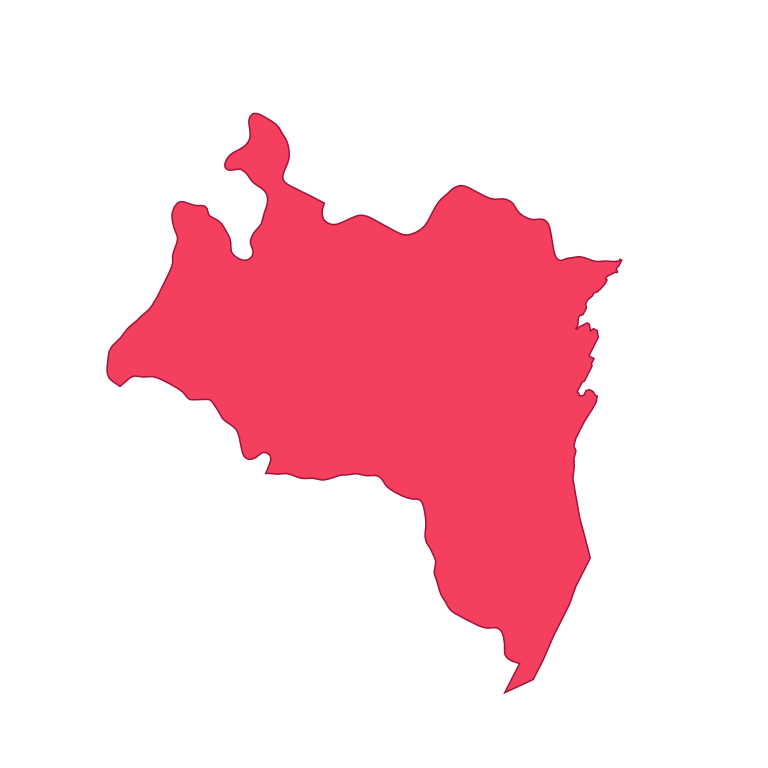 outline of Dajabón, Dajabón, Dominican Republic, rotated 207°
{"feature_id": "3306468B69873779257439", "entity_name": "Dajabón", "entity_type": "district", "adm_level": 2, "iso_a3": "DOM", "parent_name": "Dominican Republic", "parent_adm1": "Dajabón", "projection": "equal_earth", "projection_center": [-71.604, 19.566], "detail": "fine", "context": "isolated", "style": "filled", "palette": "rose", "viewbox_px": 768, "rotation_deg": 207, "n_neighbors": 0, "source": "geoboundaries", "source_scale": "gbopen_adm2", "svg_char_len": 5715}
<svg xmlns="http://www.w3.org/2000/svg" viewBox="0 0 768 768"><g transform="rotate(207 384 384)"><path d="M625.6,358.4L626.3,349.3L627.3,343.7L628.5,340.5L631.0,334.4L633.3,327.7L637.2,318.4L638.1,314.8L639.7,305.7L643.4,294.8L643.6,293.0L643.7,289.3L643.4,287.5L642.5,284.3L638.4,273.4L636.9,270.3L635.1,267.6L632.8,265.5L631.6,264.6L628.7,263.5L625.8,262.9L618.1,262.0L613.2,273.9L611.6,276.4L609.4,278.1L601.5,281.0L595.4,284.6L592.6,285.8L587.9,286.6L583.1,286.9L574.9,286.9L566.7,286.5L561.9,285.9L558.9,285.2L552.9,282.5L550.6,282.1L549.4,282.2L547.1,283.2L534.2,290.2L531.8,290.8L530.6,290.6L528.3,289.7L519.7,284.9L513.7,280.8L511.0,279.5L508.0,278.8L499.1,277.6L496.1,276.7L494.7,276.1L492.0,274.1L489.4,271.5L481.3,261.3L479.0,258.6L476.4,256.4L475.0,255.7L473.5,255.3L470.7,255.4L469.3,255.9L467.0,257.6L464.5,261.0L462.1,266.1L461.3,267.3L460.3,268.2L459.1,268.8L456.7,269.4L454.1,268.9L452.9,268.3L451.8,267.2L450.9,265.9L450.3,264.3L449.7,261.0L448.8,250.6L445.2,252.4L438.2,255.2L430.8,259.7L426.4,260.9L417.4,261.9L414.5,262.6L411.8,263.7L405.6,267.3L402.8,268.3L397.1,269.8L394.3,271.0L390.4,274.0L381.9,282.5L379.3,284.3L375.3,286.5L369.3,290.7L366.6,292.0L359.4,293.9L356.7,294.9L351.9,297.7L349.4,298.8L346.6,299.2L343.8,298.7L341.4,297.5L337.8,295.3L335.1,294.0L330.5,293.0L325.6,292.5L317.3,292.5L310.9,293.2L306.5,294.4L302.0,296.5L299.6,296.9L298.2,296.6L296.9,296.0L294.4,294.0L292.1,291.5L288.7,287.1L285.5,282.4L283.6,279.1L281.9,275.7L279.4,269.1L277.8,266.2L275.9,263.8L273.7,261.7L268.5,258.7L266.2,257.0L259.5,251.7L257.6,249.7L256.4,247.0L254.2,239.8L252.7,237.3L248.4,233.4L240.2,224.6L237.7,222.3L235.1,220.5L231.1,218.2L225.0,214.1L223.7,213.4L220.7,212.4L216.0,211.7L201.4,211.4L190.0,211.6L185.3,212.2L182.3,213.0L179.6,214.2L176.2,216.4L173.7,217.6L170.9,218.0L169.5,217.8L166.7,216.6L165.3,215.6L163.0,213.3L158.9,207.6L154.4,199.1L153.4,197.9L152.3,197.0L149.8,195.8L145.5,195.2L141.0,195.6L136.3,196.5L136.3,163.8L131.3,170.1L116.9,188.4L116.9,191.4L116.9,211.2L118.3,233.0L118.6,237.6L118.6,242.3L118.7,271.8L121.2,290.5L121.2,311.5L121.2,320.5L121.2,322.5L124.8,326.7L132.8,335.7L140.6,344.5L148.6,353.3L172.6,385.2L176.8,396.2L180.9,403.9L181.1,404.9L182.6,411.6L184.5,413.2L185.6,414.0L186.7,414.9L187.5,418.5L188.1,421.5L188.4,422.6L188.4,433.2L188.4,441.4L187.9,446.9L187.0,456.5L186.8,459.0L186.8,464.5L187.5,466.8L188.5,470.0L190.9,470.0L194.3,472.2L198.4,472.2L200.0,470.8L200.9,470.0L200.9,464.5L201.3,464.2L202.4,463.5L204.2,462.3L206.7,464.5L208.3,464.5L208.3,468.4L208.3,475.5L206.7,477.7L206.7,488.2L206.7,491.5L206.7,494.3L207.8,495.7L208.4,496.5L208.4,502.0L209.0,502.0L209.8,502.0L214.2,502.0L214.2,521.5L214.2,522.5L214.2,522.9L214.7,523.5L218.4,528.4L222.5,528.4L224.0,525.4L224.1,525.1L228.3,530.6L230.8,530.6L232.3,528.5L236.6,522.8L236.6,520.6L238.2,520.6L238.2,525.0L239.8,528.5L240.7,530.6L240.7,533.9L238.2,536.1L238.2,543.8L240.7,547.1L240.7,551.5L238.3,557.0L238.3,560.3L235.9,562.9L235.1,563.7L235.4,564.6L234.1,566.9L234.1,567.5L234.1,568.1L232.5,573.6L232.5,578.0L234.1,578.0L234.1,581.3L230.4,586.2L228.4,589.0L227.0,589.0L226.8,589.9L229.2,592.0L229.3,594.1L228.4,595.3L228.4,602.3L230.4,602.2L230.4,600.2L235.4,597.2L242.4,594.2L249.8,589.8L254.2,588.6L263.2,587.5L267.6,586.2L270.0,584.7L277.9,579.0L281.9,574.7L284.3,573.9L286.9,574.3L288.2,575.0L290.7,577.1L294.3,581.3L303.5,593.8L307.0,598.2L309.6,600.7L311.0,601.7L313.8,602.8L315.3,603.0L318.1,602.6L320.5,601.4L324.0,599.2L326.6,597.9L329.5,597.2L332.5,596.9L337.0,597.0L341.5,598.0L344.1,599.2L350.2,603.0L353.0,603.9L356.0,604.2L358.9,604.0L361.8,603.1L369.1,598.9L373.6,597.6L380.0,597.1L397.9,597.4L402.6,596.8L405.6,595.7L408.0,593.8L409.1,592.7L410.9,590.1L412.4,587.0L414.0,582.1L417.1,574.4L418.0,570.8L418.6,564.6L418.9,548.0L419.5,544.0L420.0,542.0L421.4,538.5L424.3,533.8L427.8,529.9L430.4,527.7L433.3,526.2L438.1,525.3L444.7,525.2L469.8,526.0L474.7,525.8L479.5,524.7L482.5,523.2L485.1,520.9L488.7,516.7L495.6,508.0L498.0,505.4L500.8,503.4L502.2,502.7L505.2,502.0L508.1,502.0L511.1,502.7L512.5,503.4L514.8,505.5L516.7,508.1L518.0,511.1L518.8,514.6L519.2,518.1L536.6,518.2L557.3,517.9L562.0,518.3L564.9,519.2L566.2,520.1L567.4,521.3L568.3,522.8L568.9,524.4L569.5,528.0L570.2,537.7L571.0,541.6L571.6,543.4L574.2,548.4L577.4,552.7L579.8,555.3L582.4,557.5L587.7,560.6L593.8,564.6L598.2,566.4L604.7,567.3L614.3,567.8L617.3,567.8L620.1,567.3L622.6,566.1L623.7,564.9L624.3,563.3L624.7,561.7L624.6,560.0L623.8,556.9L622.2,554.1L618.4,548.8L616.7,545.9L615.3,542.6L615.0,540.8L615.0,537.2L615.8,533.8L617.2,530.9L619.7,526.9L623.5,521.6L624.9,518.7L625.5,516.9L625.9,515.2L626.2,511.8L625.8,508.4L625.3,506.9L624.4,505.4L623.1,504.5L621.8,504.0L620.5,504.0L619.2,504.2L617.0,505.3L609.9,510.3L605.8,510.0L602.9,509.3L600.2,508.2L595.2,505.4L592.4,504.3L589.2,503.6L581.1,502.6L578.0,501.7L575.2,500.1L574.1,499.1L572.1,496.6L570.6,493.6L569.5,490.1L568.2,481.2L566.2,471.9L566.3,468.9L568.2,461.8L568.7,458.4L568.7,455.0L568.2,451.7L567.0,448.9L566.2,447.9L562.6,444.8L561.0,442.9L559.9,440.4L559.7,438.8L559.8,437.1L560.2,435.6L561.7,433.0L563.9,431.2L565.4,430.5L566.9,430.1L570.0,429.8L573.2,430.0L576.2,430.6L579.1,432.0L580.3,433.0L581.2,434.2L584.9,440.6L587.8,444.1L590.2,446.0L598.9,451.7L601.4,453.1L604.3,454.0L607.2,454.4L613.7,454.5L615.8,454.8L617.6,455.9L621.3,460.0L623.5,460.9L624.7,461.0L627.1,460.4L631.8,458.0L634.5,457.0L645.1,455.4L647.9,454.2L649.1,453.0L650.0,451.6L650.6,450.0L651.1,446.6L650.9,443.0L650.1,439.4L648.5,436.1L645.4,431.7L642.0,427.8L636.3,422.7L634.4,420.6L633.7,419.1L632.7,415.6L631.5,406.4L630.8,403.0L630.2,401.5L627.7,396.9L627.2,395.4L626.5,392.0L626.0,386.1L625.6,358.4Z" fill="#f43f5e" stroke="#9f1239" stroke-width="1.5"/></g></svg>